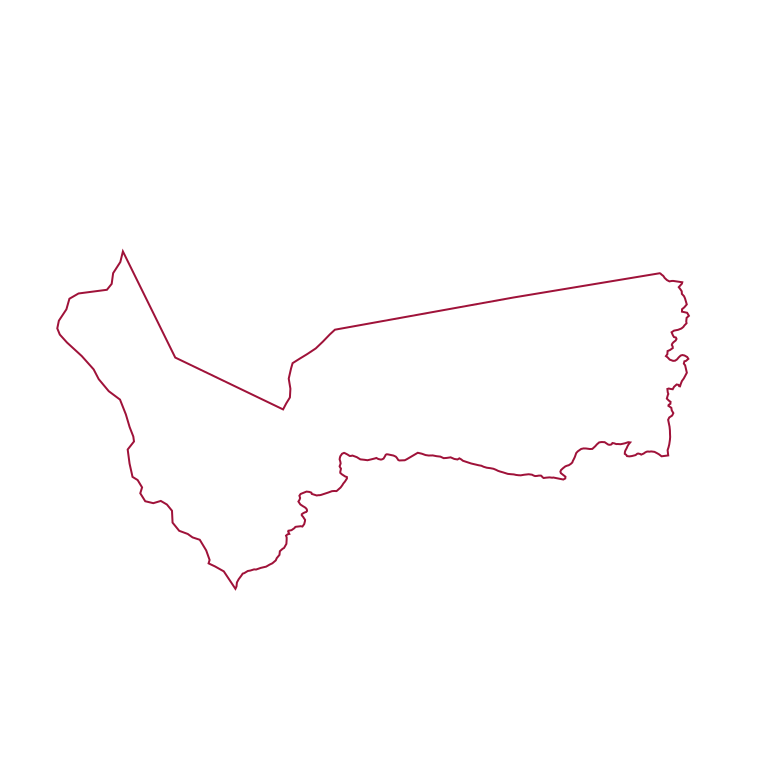 Ayene, Wele-Nzás, Equatorial Guinea, rotated 260°
{"feature_id": "11065452B61336086634219", "entity_name": "Ayene", "entity_type": "district", "adm_level": 2, "iso_a3": "GNQ", "parent_name": "Equatorial Guinea", "parent_adm1": "Wele-Nzás", "projection": "robinson", "projection_center": [10.614, 1.791], "detail": "fine", "context": "isolated", "style": "outline", "palette": "rose", "viewbox_px": 768, "rotation_deg": 260, "n_neighbors": 0, "source": "geoboundaries", "source_scale": "gbopen_adm2", "svg_char_len": 4946}
<svg xmlns="http://www.w3.org/2000/svg" viewBox="0 0 768 768"><g transform="rotate(260 384 384)"><path d="M444.6,675.6L445.2,674.8L446.7,526.4L446.0,345.1L442.2,339.2L436.3,331.1L430.9,323.0L426.6,313.1L423.8,305.9L420.4,297.6L415.3,295.1L405.8,291.1L395.6,291.0L387.1,289.0L381.8,284.3L376.5,280.2L446.3,183.0L559.9,149.9L549.9,145.5L540.2,136.5L529.9,133.2L524.9,127.5L526.2,98.9L522.6,89.0L512.7,84.2L502.8,74.8L495.5,71.9L489.0,73.3L479.9,79.0L464.0,91.2L448.8,100.6L438.3,103.9L424.7,111.7L414.5,121.3L398.9,124.5L385.8,126.0L375.8,128.0L370.8,127.8L364.0,120.2L349.8,119.6L338.9,120.1L336.2,120.2L332.2,124.7L324.2,127.8L318.7,125.0L310.0,128.5L306.7,136.1L307.6,143.9L303.0,149.3L296.0,153.2L284.2,151.7L275.0,156.8L270.4,164.7L266.2,168.8L262.6,175.5L260.1,176.5L259.8,176.6L251.0,180.0L241.0,181.7L237.8,180.1L233.7,185.9L227.3,193.7L208.1,202.1L209.2,202.9L210.3,203.6L214.1,204.7L217.0,207.0L220.1,210.3L221.8,211.9L222.0,213.5L223.5,217.4L223.5,220.0L224.0,223.9L223.5,225.8L224.3,230.7L224.6,236.2L226.0,240.0L226.8,242.9L229.1,246.8L231.1,248.1L233.9,251.4L237.4,252.4L239.3,255.5L239.9,257.1L243.5,260.1L247.6,261.1L249.8,261.5L251.7,261.2L252.7,263.0L252.8,264.7L255.4,264.0L256.1,264.4L256.1,267.5L257.6,270.7L258.5,271.7L258.7,272.4L258.4,277.3L257.8,278.9L259.9,281.1L262.6,282.3L263.9,282.7L265.4,282.0L266.9,281.4L269.0,280.2L270.0,280.4L270.8,282.0L271.3,283.7L271.5,285.2L272.4,286.2L274.0,286.2L275.6,285.3L276.6,284.3L277.7,283.0L279.9,280.7L283.1,279.3L284.8,280.8L286.3,281.6L288.7,281.3L290.2,282.8L291.5,289.0L290.7,291.7L289.6,293.6L288.3,293.8L285.9,298.4L285.9,299.9L285.7,301.3L285.7,302.6L286.8,310.3L287.5,314.1L287.3,316.2L286.8,318.7L289.6,323.3L291.6,325.4L293.0,326.6L294.7,328.6L297.4,331.1L298.8,331.3L299.7,329.7L302.5,326.7L304.1,325.5L305.2,325.7L306.8,326.4L308.1,326.9L309.9,326.2L310.7,326.0L312.0,326.8L313.3,327.5L315.3,327.5L317.4,327.2L318.7,327.6L320.4,328.4L322.6,330.6L323.1,332.7L322.5,333.7L320.9,335.8L319.1,337.7L318.9,338.8L319.0,340.5L316.7,344.5L313.9,347.6L312.8,351.4L311.8,354.5L312.0,358.4L312.3,362.4L312.5,363.6L311.1,365.4L310.1,367.8L310.1,368.8L310.6,370.6L313.0,372.7L313.9,373.3L314.3,374.2L314.1,375.4L311.9,380.9L311.2,381.9L310.4,383.0L309.3,383.7L306.6,384.9L306.0,385.9L305.8,387.6L305.3,391.2L305.9,393.2L310.4,405.3L308.8,409.1L306.8,412.6L305.8,415.6L305.2,419.6L303.8,423.2L302.7,426.9L300.6,429.9L300.3,433.0L300.2,436.9L298.0,440.2L296.9,443.3L297.7,445.3L296.3,447.0L294.7,448.4L290.6,456.0L287.5,463.2L286.6,465.7L285.2,467.7L283.7,470.7L282.6,474.2L281.5,477.1L280.1,479.3L278.7,481.2L277.7,483.0L276.2,486.1L274.0,490.3L273.2,493.1L272.4,496.2L271.5,498.3L270.7,501.0L270.3,502.9L270.3,506.1L270.0,510.8L269.0,514.0L267.9,515.4L267.1,516.8L266.9,518.7L266.9,520.7L266.5,522.7L265.8,523.3L264.6,524.0L263.7,524.9L263.6,527.4L263.3,530.8L262.5,533.4L262.5,534.5L258.8,544.0L259.5,546.1L261.2,546.6L265.5,542.7L267.1,542.5L268.5,543.4L270.0,545.7L271.4,548.3L271.8,550.3L271.9,551.8L272.9,554.1L274.0,555.8L275.4,556.6L277.6,558.3L279.2,559.4L282.6,561.3L284.0,563.1L285.8,566.9L285.9,569.4L285.4,571.8L284.2,575.5L283.9,577.9L286.0,581.2L287.6,583.2L289.1,585.7L289.1,588.0L288.4,591.2L285.5,594.2L285.0,595.3L284.9,597.0L285.5,598.1L286.2,598.7L285.6,600.4L284.5,602.3L284.3,603.8L283.6,606.6L283.7,609.5L283.8,611.2L284.3,614.4L283.7,616.3L282.1,614.4L280.3,612.9L278.6,611.8L276.5,610.1L275.1,609.4L273.4,609.0L272.1,610.3L270.8,610.8L270.1,613.1L270.0,615.5L270.3,619.4L271.3,621.2L271.4,622.2L270.5,624.3L269.8,625.0L270.4,627.6L271.2,629.2L271.7,630.8L271.7,632.3L271.3,633.3L271.2,635.4L270.2,638.6L268.2,641.2L267.0,642.6L264.6,644.8L264.4,649.1L264.3,651.5L266.2,651.6L269.6,651.8L272.4,653.3L273.6,653.8L274.9,654.4L277.0,655.1L279.4,655.9L282.1,656.6L285.9,657.1L288.5,657.5L292.4,657.8L299.4,657.6L301.5,659.1L302.9,662.3L305.1,663.9L308.0,662.8L310.7,662.8L313.1,660.3L314.0,660.7L314.8,662.6L316.7,663.1L318.1,661.7L320.5,660.0L324.0,661.7L324.8,662.3L326.4,662.0L329.9,662.2L330.1,663.7L329.5,665.0L328.7,667.4L330.9,669.2L332.7,672.1L332.0,673.9L330.6,674.3L330.3,675.1L332.6,676.3L335.2,677.9L337.4,680.2L342.5,684.2L350.1,683.8L352.0,682.8L354.2,683.8L354.3,685.4L355.9,688.1L357.9,687.3L359.9,684.9L360.7,682.9L360.5,681.1L359.0,678.8L357.3,676.8L356.4,674.7L356.6,672.7L358.4,669.6L361.0,667.9L362.5,666.5L364.1,668.2L367.2,669.0L367.8,671.5L369.2,674.6L370.8,674.8L372.5,674.2L373.7,674.9L374.8,676.2L376.2,678.8L377.6,679.9L379.1,679.5L379.9,677.7L381.7,677.0L385.0,676.2L386.2,678.9L386.3,683.0L387.0,686.5L388.2,688.7L389.5,690.0L391.3,692.5L393.1,692.5L396.6,693.5L398.2,696.1L401.5,694.9L403.5,690.0L405.9,690.5L407.4,693.1L409.8,696.0L416.0,695.3L418.4,694.7L421.0,693.0L423.6,693.3L425.9,692.3L428.2,691.1L429.2,692.4L431.1,694.8L432.4,695.4L435.2,687.0L435.5,685.5L435.5,682.9L437.2,680.7L438.8,679.5L439.7,678.8L441.4,678.1L441.7,677.9L442.1,677.7L443.8,676.1L444.6,675.6Z" fill="none" stroke="#9f1239" stroke-width="2"/></g></svg>